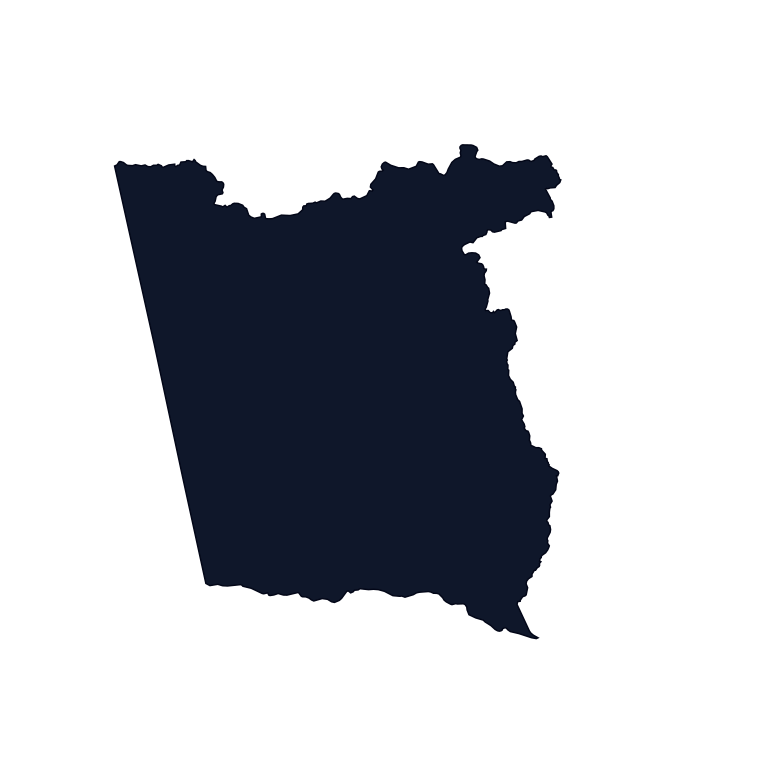 Santana do Araguaia, Pará, Brazil, rotated 74°
{"feature_id": "56859067B41471676463759", "entity_name": "Santana do Araguaia", "entity_type": "district", "adm_level": 2, "iso_a3": "BRA", "parent_name": "Brazil", "parent_adm1": "Pará", "projection": "orthographic", "projection_center": [-50.681, -9.277], "detail": "fine", "context": "isolated", "style": "filled", "palette": "ink", "viewbox_px": 768, "rotation_deg": 74, "n_neighbors": 0, "source": "geoboundaries", "source_scale": "gbopen_adm2", "svg_char_len": 6166}
<svg xmlns="http://www.w3.org/2000/svg" viewBox="0 0 768 768"><g transform="rotate(74 384 384)"><path d="M107.6,553.3L107.4,557.2L104.7,562.4L104.8,565.6L103.2,570.1L102.4,571.2L99.3,573.4L97.6,575.9L97.3,577.2L99.8,580.3L100.2,582.9L282.5,593.9L417.7,603.2L526.6,610.2L529.8,606.9L530.7,599.0L533.4,594.8L535.0,590.1L537.3,577.2L538.2,576.0L539.5,575.4L543.7,568.0L551.8,558.8L552.5,557.4L552.7,553.4L555.2,552.9L555.9,551.9L556.4,548.0L556.2,543.5L559.1,538.9L560.2,535.4L560.7,524.5L561.2,523.5L565.2,522.0L566.0,521.1L567.1,517.7L569.1,515.1L571.6,513.2L573.2,511.3L573.2,502.6L575.4,497.6L578.9,494.4L580.3,491.8L579.7,486.6L578.4,483.9L573.0,476.9L573.1,475.3L575.6,473.6L575.2,470.8L574.1,469.3L574.8,465.6L574.1,463.6L577.4,455.5L578.4,450.7L580.1,446.1L583.4,440.7L589.9,433.8L592.4,427.3L592.7,425.4L594.7,422.6L594.6,413.9L593.7,410.3L593.9,407.3L595.7,398.6L596.8,396.4L598.8,394.1L599.7,391.1L600.9,389.1L605.6,386.5L608.3,385.8L610.6,384.2L613.9,380.8L614.8,379.5L614.9,375.6L615.7,374.1L617.1,368.4L618.2,366.9L621.2,365.9L624.1,366.4L629.2,365.9L634.1,360.3L638.3,353.7L640.7,352.3L645.7,347.8L650.6,344.8L652.5,342.9L653.4,341.2L653.5,339.5L653.0,338.1L651.9,337.5L651.6,334.7L652.7,333.5L654.3,332.8L656.8,330.8L661.1,323.1L668.5,312.2L670.7,307.8L670.4,305.9L666.7,309.6L664.1,311.4L661.6,312.3L632.6,316.9L630.0,315.5L630.4,313.0L629.3,312.5L626.7,309.4L626.5,306.7L625.9,305.5L619.4,302.1L615.3,302.5L612.9,301.3L611.0,298.8L609.8,294.8L607.5,294.1L604.5,290.8L604.8,289.7L602.9,287.4L602.2,285.2L601.0,284.3L599.5,284.2L598.1,282.2L597.2,283.3L594.9,282.1L594.2,280.7L593.1,280.4L592.2,279.2L590.8,275.2L588.5,272.3L586.3,270.5L585.1,269.7L582.1,270.7L579.7,269.7L578.2,270.0L576.8,269.3L572.4,265.2L569.8,264.0L565.9,263.6L564.8,264.6L562.2,264.5L561.1,265.3L559.5,264.9L557.1,261.6L552.8,260.4L549.3,258.9L548.4,257.9L545.8,257.8L542.9,254.7L537.5,255.0L536.6,253.6L536.4,252.1L533.0,248.1L527.9,246.1L525.2,244.0L519.7,243.5L520.1,242.3L517.8,240.6L516.4,240.7L515.0,241.5L511.5,245.5L508.1,248.3L507.3,247.5L506.1,248.0L504.7,247.8L503.7,248.4L500.7,248.0L499.9,249.7L496.0,248.3L491.1,250.7L489.6,250.5L487.9,252.7L487.0,255.7L484.4,258.5L483.8,259.7L480.9,259.3L478.0,259.7L474.1,258.2L470.4,258.3L468.9,258.7L468.4,259.9L467.3,260.7L464.8,261.4L464.0,260.4L461.2,260.3L456.2,261.6L453.2,258.8L450.3,259.4L445.9,258.1L438.1,258.5L435.9,259.8L430.5,260.4L427.9,259.9L425.9,258.8L424.4,259.1L423.2,258.5L421.9,259.3L417.9,259.3L414.3,261.3L410.2,262.0L405.1,260.3L404.1,261.0L399.9,259.6L398.6,260.1L396.0,259.9L395.0,258.9L393.6,259.1L387.2,256.1L385.0,250.8L382.5,249.5L381.7,247.2L380.0,246.7L378.9,244.0L371.7,243.9L365.8,240.8L360.4,241.3L358.8,241.7L357.7,243.8L354.2,243.3L348.6,243.4L347.1,243.6L346.0,244.6L345.5,246.1L345.8,247.9L345.3,249.6L345.5,250.9L345.2,252.3L344.0,253.5L344.0,254.8L346.0,258.0L344.4,258.8L345.4,259.9L345.2,261.1L344.6,262.3L342.1,263.6L341.4,266.1L340.1,266.3L338.3,264.5L332.9,261.2L331.6,261.1L325.7,257.5L320.8,257.0L319.6,257.8L316.9,258.5L315.7,259.7L311.7,258.2L307.5,258.0L305.3,257.0L303.3,254.5L301.8,253.9L301.4,255.3L300.4,256.3L299.3,255.9L296.8,256.2L295.4,257.0L293.8,260.1L292.5,261.3L289.0,256.9L286.0,257.4L283.4,259.8L282.1,263.3L281.5,266.6L282.3,269.8L281.8,271.1L277.4,272.3L275.0,272.0L273.5,271.1L272.2,268.3L271.2,262.3L272.7,259.5L269.0,254.4L268.8,250.4L269.2,248.8L268.5,247.7L268.4,244.9L266.4,243.2L264.9,242.6L264.4,241.6L265.3,239.0L267.6,237.7L268.5,235.9L268.8,229.2L268.0,228.3L268.0,224.2L261.5,222.8L261.5,220.3L265.5,213.7L265.7,212.4L264.2,210.2L264.3,206.5L261.7,203.0L260.5,197.1L258.9,195.1L259.6,188.0L263.0,181.8L264.2,180.5L267.0,179.9L268.0,179.1L269.5,179.1L269.8,176.8L265.0,176.2L264.0,175.2L264.0,174.0L263.2,173.1L262.3,172.4L259.5,171.6L254.6,172.0L252.3,173.2L251.0,172.9L241.0,175.1L240.7,173.9L241.4,172.8L241.3,170.2L242.3,165.4L240.6,163.4L238.8,159.5L236.5,157.8L235.7,159.0L234.5,158.7L232.1,159.1L230.8,158.7L228.0,159.7L226.7,159.3L225.6,159.8L225.2,161.4L222.4,162.1L221.6,163.4L220.3,163.5L218.9,161.9L210.5,164.4L209.3,165.3L209.2,168.8L208.1,170.2L207.9,172.1L209.3,177.0L210.4,178.0L210.7,180.8L209.9,182.3L208.7,183.1L208.1,184.7L208.1,190.0L207.3,193.0L207.8,196.0L206.6,199.5L205.0,201.6L204.3,204.9L206.9,210.0L206.4,213.1L202.8,217.7L198.8,221.0L195.1,226.5L194.5,228.1L194.4,230.6L193.1,232.8L191.6,233.8L190.3,233.7L186.2,230.8L185.1,229.4L182.1,229.7L179.3,232.6L178.3,234.4L175.8,242.6L175.9,243.9L176.9,245.5L178.1,246.0L180.7,245.7L182.8,247.0L185.7,247.1L187.0,247.9L187.7,253.5L189.7,257.7L195.1,263.0L198.1,265.2L199.9,267.8L199.8,269.4L197.6,271.7L197.0,273.1L186.8,276.0L185.7,276.8L184.9,280.9L181.1,286.1L180.1,288.4L180.1,289.7L183.6,293.0L184.3,301.2L181.6,305.3L180.2,310.4L175.6,317.2L171.2,321.3L171.1,322.6L172.2,325.0L174.5,326.8L176.7,326.7L178.3,325.8L178.9,327.0L178.3,329.9L178.7,331.1L184.5,335.5L188.4,341.6L190.9,342.8L194.4,341.1L195.3,342.1L194.2,344.8L198.2,348.6L199.4,356.2L198.4,358.3L195.2,360.8L195.2,362.6L196.7,364.6L195.4,368.2L195.0,372.8L192.6,374.1L189.4,374.6L188.3,375.4L187.1,377.8L187.1,379.3L187.7,380.5L190.5,384.6L192.1,390.3L190.7,394.3L191.3,399.0L190.2,400.1L190.6,402.6L189.6,407.0L189.7,408.6L191.2,409.5L190.7,412.1L191.6,413.3L194.1,414.2L196.8,419.7L196.2,427.8L193.4,436.1L194.3,445.5L193.8,448.1L192.7,451.6L191.7,452.2L187.9,451.9L186.9,452.6L186.5,454.0L186.8,455.1L189.5,455.8L189.0,463.0L186.8,465.8L184.5,467.5L177.6,467.8L175.5,469.8L173.2,470.6L170.2,474.5L169.0,478.2L169.1,479.7L170.2,482.2L169.9,483.6L170.8,486.2L168.5,487.5L169.3,490.2L168.2,491.3L165.0,497.2L163.7,497.9L161.7,495.9L157.9,493.9L156.9,492.7L156.3,491.6L156.6,487.0L155.7,486.1L152.8,486.2L150.5,484.1L148.1,483.1L146.7,483.1L145.0,484.2L144.1,487.2L143.0,488.9L138.8,489.7L135.3,491.2L132.8,492.8L131.1,495.4L129.5,496.2L125.7,495.5L124.8,498.0L123.2,500.2L118.5,503.8L117.2,503.9L115.9,504.7L117.6,506.8L115.3,510.5L114.9,512.1L115.7,513.3L114.7,518.0L117.3,520.2L116.9,521.7L117.7,524.2L116.5,525.0L115.0,524.6L114.1,530.6L114.9,536.5L114.2,537.5L112.9,537.8L110.6,540.6L111.1,542.1L110.2,545.4L110.9,548.4L109.9,551.1L107.6,553.3Z" fill="#0f172a" stroke="#020617" stroke-width="1.5"/></g></svg>